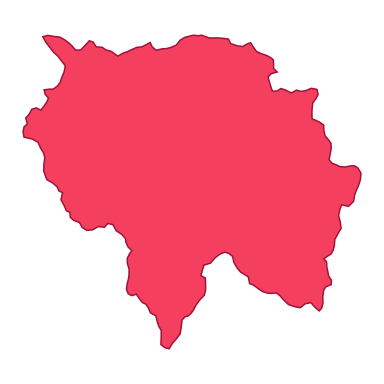 the district of Pains, Minas Gerais, Brazil
{"feature_id": "56859067B98471010335506", "entity_name": "Pains", "entity_type": "district", "adm_level": 2, "iso_a3": "BRA", "parent_name": "Brazil", "parent_adm1": "Minas Gerais", "projection": "natural_earth1", "projection_center": [-45.694, -20.398], "detail": "fine", "context": "isolated", "style": "filled", "palette": "rose", "viewbox_px": 384, "rotation_deg": 0, "n_neighbors": 0, "source": "geoboundaries", "source_scale": "gbopen_adm2", "svg_char_len": 3028}
<svg xmlns="http://www.w3.org/2000/svg" viewBox="0 0 384 384"><path d="M237.3,45.8L230.7,43.6L228.4,39.0L223.5,38.4L218.0,37.9L213.4,38.0L209.3,37.9L205.6,36.7L201.9,35.2L198.0,35.7L193.4,35.2L188.9,36.3L184.7,37.4L180.1,40.2L176.3,45.1L170.9,47.4L166.9,48.5L161.8,48.9L156.1,50.2L152.2,46.9L150.1,42.4L145.1,45.3L141.7,46.9L136.6,47.4L132.1,49.4L127.5,51.6L122.9,53.2L117.8,56.1L114.7,53.9L111.0,51.2L105.9,49.9L102.2,47.3L96.3,46.9L93.2,42.2L89.4,40.7L85.4,45.1L80.7,49.9L75.7,50.2L72.3,46.2L68.5,42.6L64.2,39.5L59.5,37.0L53.8,36.4L47.7,35.4L42.8,36.7L45.8,42.2L49.0,46.3L53.9,52.6L57.5,55.7L61.1,60.4L65.3,65.8L64.0,72.3L61.5,78.2L60.2,82.2L57.7,85.8L53.3,89.1L49.0,89.2L44.1,89.8L45.2,94.3L48.5,98.2L46.9,101.8L44.0,106.2L40.8,110.1L36.3,107.9L31.8,109.2L29.2,114.1L25.7,118.0L27.4,124.1L24.1,126.7L23.0,131.6L24.0,137.1L27.8,138.0L32.4,139.1L38.0,142.3L40.7,148.3L43.7,153.3L44.8,157.7L43.9,164.0L43.7,171.1L46.8,179.6L52.8,183.1L57.0,186.7L59.0,191.0L62.5,192.6L61.0,199.8L64.4,206.1L66.4,210.8L69.9,212.4L70.3,217.4L73.9,220.5L79.5,222.5L82.2,227.5L86.9,230.4L92.7,229.8L98.3,226.6L104.6,227.2L107.7,223.5L112.9,224.6L116.3,230.8L121.7,234.4L125.4,238.5L126.0,242.6L128.3,247.3L131.9,250.6L129.6,253.6L127.3,258.3L127.3,263.0L129.1,269.4L129.0,275.3L128.3,279.6L127.2,283.7L126.4,289.1L128.1,293.6L131.5,295.6L136.4,294.3L139.4,298.7L142.5,302.6L145.9,304.2L148.2,307.7L150.5,312.9L155.8,315.8L157.3,321.9L158.8,326.4L161.2,330.3L161.2,336.7L160.9,344.6L164.7,347.6L169.1,348.8L172.6,343.1L176.3,338.9L180.1,333.9L181.0,328.7L182.1,320.1L184.9,316.8L188.3,315.9L191.0,313.4L193.4,310.2L195.6,305.9L199.4,300.4L204.3,295.2L205.6,290.0L205.6,284.8L205.3,277.9L200.9,275.6L202.1,271.3L203.9,265.2L210.6,263.1L214.8,258.1L218.3,255.3L221.6,253.3L225.0,252.2L229.0,253.5L232.6,256.5L233.9,262.4L237.0,267.8L240.5,272.0L244.5,274.5L248.3,276.9L249.6,283.6L253.4,285.1L257.4,288.0L262.5,291.6L267.3,293.1L271.5,293.4L276.2,292.9L280.0,295.8L283.7,299.9L288.5,304.6L295.7,307.0L300.5,307.7L305.0,303.9L310.8,302.6L315.3,307.6L319.3,310.9L321.8,308.0L323.0,303.1L322.8,297.2L323.5,290.7L325.7,286.9L331.2,284.6L331.5,280.3L328.7,276.0L327.8,271.6L326.8,266.7L326.6,261.8L323.8,258.8L327.4,256.3L331.0,254.0L333.2,250.2L334.4,245.5L334.8,239.4L338.4,232.9L341.1,228.4L340.3,222.1L338.6,215.6L339.7,210.2L341.6,204.8L348.5,206.4L353.6,201.4L354.5,195.5L356.1,191.0L358.5,185.6L360.4,179.8L361.0,173.3L358.1,168.2L354.8,165.9L350.8,165.9L344.9,167.0L339.8,166.6L335.9,164.6L332.1,163.3L329.1,159.8L330.2,154.1L331.2,148.5L331.0,143.4L328.5,139.8L325.1,135.9L323.9,130.6L323.7,125.1L320.0,122.4L316.0,120.4L312.1,118.9L311.9,113.5L312.1,108.9L312.8,102.9L316.2,98.2L318.1,94.6L317.0,89.4L311.3,88.3L305.4,90.8L300.7,91.4L296.5,90.1L291.4,93.0L285.2,89.9L280.9,88.5L277.3,91.0L272.4,91.2L270.5,85.6L269.2,81.1L268.1,77.0L271.1,73.7L277.2,72.0L273.6,68.5L273.6,64.0L273.3,59.7L270.4,57.5L266.7,55.5L261.2,53.6L256.5,51.4L253.5,47.3L250.6,42.7L247.0,44.0L242.8,46.5L237.3,45.8Z" fill="#f43f5e" stroke="#9f1239" stroke-width="1.5"/></svg>